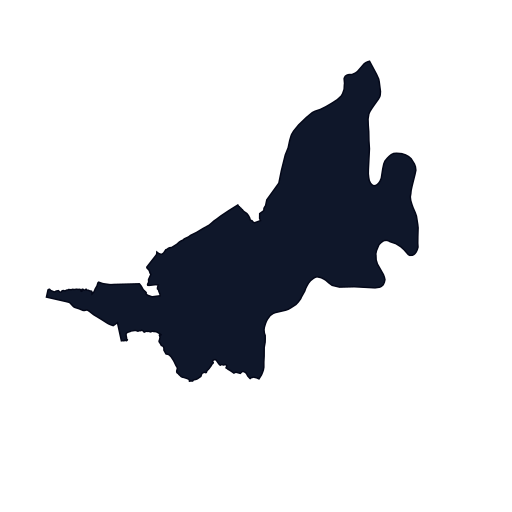 Wiang Nong Long, Lamphun, Thailand (Albers equal-area conic projection), rotated 148°
{"feature_id": "78962969B5977206597344", "entity_name": "Wiang Nong Long", "entity_type": "district", "adm_level": 2, "iso_a3": "THA", "parent_name": "Thailand", "parent_adm1": "Lamphun", "projection": "albers", "projection_center": [98.777, 18.415], "detail": "fine", "context": "isolated", "style": "filled", "palette": "ink", "viewbox_px": 512, "rotation_deg": 148, "n_neighbors": 0, "source": "geoboundaries", "source_scale": "gbopen_adm2", "svg_char_len": 6103}
<svg xmlns="http://www.w3.org/2000/svg" viewBox="0 0 512 512"><g transform="rotate(148 256 256)"><path d="M450.3,337.5L455.5,332.2L441.2,318.0L439.1,315.8L438.6,314.9L437.8,310.6L437.3,309.0L436.8,308.3L434.0,305.0L431.6,301.6L430.6,300.8L428.4,300.0L427.9,299.7L427.4,299.0L426.6,297.3L424.8,292.3L420.7,284.2L417.8,278.1L417.0,276.6L415.9,275.0L414.0,272.6L408.8,272.9L415.1,255.4L413.6,254.7L412.9,254.0L411.7,254.2L411.1,253.0L410.8,252.8L410.1,252.8L409.5,253.1L409.5,253.6L409.7,254.5L408.8,255.8L408.7,256.5L407.8,258.3L407.2,259.0L406.5,259.3L405.6,259.3L404.2,259.1L403.0,258.7L401.7,258.6L397.9,256.9L397.2,256.3L396.0,254.8L394.3,254.4L393.3,253.7L392.3,253.7L391.3,252.2L391.4,251.3L391.0,250.6L389.0,250.4L388.1,249.6L387.2,249.2L385.5,247.4L384.3,247.3L383.5,247.0L383.0,246.3L382.3,246.2L381.8,245.3L380.8,244.9L380.0,243.3L379.5,242.7L379.0,241.2L378.3,240.0L378.2,239.5L378.7,239.4L379.6,240.0L379.9,240.0L380.4,238.0L382.1,236.2L383.1,235.4L383.5,234.9L383.6,234.3L383.5,232.0L383.7,230.3L382.8,229.1L382.7,228.7L382.6,227.9L382.9,226.7L384.0,224.9L384.2,221.0L384.2,220.6L382.6,219.1L382.0,218.0L381.4,215.6L381.3,211.1L381.5,208.7L381.6,208.1L381.9,205.4L381.9,203.3L382.1,202.6L382.4,202.2L384.2,200.5L384.7,199.6L384.8,198.9L384.7,198.5L384.3,197.7L384.1,196.2L383.7,194.9L383.4,193.5L382.9,192.6L382.5,192.1L381.6,191.3L379.5,188.8L378.3,187.1L378.2,186.4L378.2,186.0L378.8,185.3L378.7,185.0L377.3,184.5L376.4,183.7L375.7,183.6L375.3,183.9L374.5,184.0L372.7,183.3L371.5,183.0L370.7,182.9L366.6,183.1L364.2,185.0L363.6,185.1L361.9,184.9L360.9,184.4L360.6,183.8L360.2,183.6L359.8,183.6L358.4,184.7L355.8,185.3L352.2,186.7L350.6,187.6L349.4,187.8L348.8,188.1L348.7,188.5L348.9,189.6L348.4,189.9L347.5,190.3L346.8,190.3L346.5,190.3L345.7,189.7L345.3,189.6L344.9,188.6L344.7,184.2L344.3,182.5L344.1,182.3L343.6,182.4L343.1,182.3L342.1,181.7L341.4,180.8L340.7,180.5L339.7,180.5L339.4,180.2L339.0,178.8L339.0,178.1L340.5,177.3L340.7,176.9L340.2,176.1L339.7,174.6L339.0,173.4L337.9,171.0L336.8,168.4L334.7,168.2L331.5,164.8L329.3,165.3L328.5,165.1L327.8,164.6L327.0,163.4L326.4,162.0L326.5,161.6L326.4,160.8L326.6,158.7L326.0,155.3L325.8,155.1L324.7,155.4L323.8,155.0L322.7,154.8L322.2,154.5L320.0,152.3L318.6,150.2L314.3,152.3L311.8,154.1L310.2,155.4L308.3,157.5L305.5,162.0L302.2,166.7L297.5,174.1L294.0,178.0L292.1,180.8L290.3,183.8L289.8,186.1L288.3,189.2L286.6,191.2L283.6,193.8L281.7,195.2L279.8,196.3L275.6,198.0L271.9,198.2L269.7,197.8L259.5,194.3L256.7,193.7L253.7,193.6L247.9,193.7L244.5,194.6L240.7,196.1L239.3,197.1L233.3,200.4L230.9,202.3L228.6,203.7L225.8,205.2L222.9,206.2L219.4,206.6L217.7,206.6L216.3,206.4L215.0,205.8L212.2,203.0L210.8,200.7L209.7,198.6L208.5,194.6L207.0,190.8L201.7,185.4L189.0,177.9L171.9,165.9L167.6,164.0L165.8,163.8L163.4,164.2L161.1,165.7L159.2,167.6L158.4,169.9L157.8,172.7L157.3,184.8L156.2,189.0L153.8,193.2L153.4,194.2L151.0,196.7L147.5,199.2L145.6,200.5L142.9,201.1L140.4,201.3L138.6,201.0L136.8,199.9L135.6,198.7L134.8,197.2L130.8,192.3L128.3,187.1L127.1,182.9L126.1,176.6L125.4,175.2L124.5,174.6L122.8,173.7L121.2,173.6L120.0,173.8L118.1,174.5L115.9,175.9L113.9,177.7L112.0,181.2L108.4,186.8L103.6,194.0L102.1,197.1L98.8,204.8L98.0,208.4L97.2,213.8L96.4,217.4L95.4,221.0L93.8,224.4L91.7,226.8L89.7,229.4L86.5,232.7L78.1,240.8L75.0,244.0L73.5,247.2L72.9,250.1L72.9,256.3L73.9,259.5L75.6,262.5L78.2,265.6L82.4,268.7L84.9,270.0L87.5,270.3L90.0,270.0L92.7,269.4L96.3,268.2L98.8,266.4L102.3,262.8L108.5,255.6L111.2,253.7L113.3,252.8L115.5,252.3L117.7,252.5L119.3,253.6L120.0,255.2L120.3,257.1L120.0,259.9L118.8,262.9L117.2,266.2L114.8,269.9L103.0,286.8L99.1,294.0L94.5,301.7L91.5,307.4L88.4,312.8L85.0,316.7L82.8,318.2L79.5,319.8L76.3,321.2L68.8,324.3L66.4,325.7L65.2,326.9L63.3,329.5L59.2,338.4L58.2,341.0L57.5,346.2L56.5,361.0L58.2,361.5L60.3,361.8L62.4,361.7L72.2,358.7L74.7,358.5L78.4,359.0L81.0,360.6L82.8,361.2L84.9,361.2L86.3,360.5L87.3,359.7L89.5,355.4L90.4,354.3L92.9,350.7L96.5,347.8L98.9,346.5L104.3,345.5L111.3,345.4L117.7,345.6L123.8,346.2L129.2,347.5L132.2,347.8L139.8,346.8L150.3,344.6L157.9,342.0L161.4,340.2L162.7,339.2L166.2,336.1L171.4,330.7L177.6,326.2L189.0,315.2L198.0,305.7L217.1,297.9L221.2,293.6L222.2,293.2L223.9,292.3L225.2,290.5L225.8,290.3L230.4,290.0L233.0,286.0L233.4,283.6L239.8,285.0L240.5,286.4L240.7,288.1L241.6,289.2L241.7,289.7L241.6,290.7L241.3,291.1L241.2,291.7L241.0,294.3L241.2,296.6L241.5,297.5L242.6,299.9L243.0,301.3L243.0,302.4L243.5,303.6L243.5,304.5L244.0,305.6L244.0,306.6L244.5,307.5L244.4,308.9L255.0,308.9L264.6,308.6L270.2,308.1L273.0,308.0L276.5,307.4L279.4,307.0L286.3,307.4L294.0,307.5L300.7,308.2L302.2,308.0L303.4,308.0L307.3,308.5L308.1,308.5L309.5,308.2L311.5,308.5L313.6,308.5L316.9,307.9L323.1,307.9L324.6,308.7L325.3,308.9L326.5,309.0L327.7,308.8L329.2,309.1L332.7,307.5L333.8,307.4L335.0,307.4L335.8,307.9L337.2,309.7L338.0,311.9L339.1,310.4L340.1,309.7L354.4,304.5L354.6,304.3L354.8,303.6L354.2,300.4L354.9,297.6L354.8,296.2L359.6,293.0L360.9,290.7L362.6,289.7L363.2,289.1L363.3,288.5L362.9,288.2L362.2,287.7L356.5,285.0L355.5,284.3L354.2,283.2L356.2,281.5L356.9,280.5L357.0,280.2L356.8,279.9L356.6,279.1L357.0,278.0L357.6,274.8L357.9,273.8L358.4,273.1L365.6,276.4L366.2,277.0L368.8,280.3L369.4,282.4L368.6,282.9L368.6,283.8L369.5,287.2L369.3,291.2L369.6,294.2L392.5,307.7L392.8,307.7L393.1,307.9L395.0,309.1L399.9,313.2L400.9,314.2L403.3,317.2L404.0,317.1L404.4,316.9L406.7,314.9L409.6,313.4L412.3,311.5L415.3,310.6L415.0,311.4L414.2,312.5L414.1,313.2L414.3,313.5L415.5,314.5L416.4,315.9L417.6,316.7L417.7,317.0L417.6,317.7L417.7,317.9L419.8,317.9L420.2,318.3L420.2,319.2L420.4,319.4L420.6,319.7L421.2,319.9L421.7,319.7L421.9,319.4L421.9,318.6L422.3,318.4L422.7,318.5L423.1,319.0L422.7,320.5L423.0,321.1L424.7,322.0L425.7,322.9L428.0,323.9L429.1,324.9L430.5,325.3L431.9,326.2L432.4,326.8L433.6,326.9L434.6,327.4L436.6,327.6L437.5,328.7L438.4,329.1L439.0,329.2L440.5,328.7L441.0,328.8L441.3,329.1L441.6,329.8L441.9,331.3L444.1,332.2L445.4,332.2L446.1,332.4L448.4,335.6L448.6,336.9L448.8,337.3L449.5,337.5L450.3,337.5Z" fill="#0f172a" stroke="#020617" stroke-width="1.5"/></g></svg>